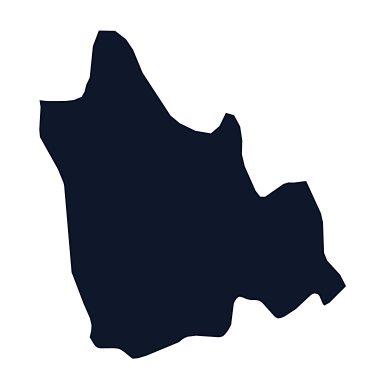 the border of Jendouba, rotated 88°
{"feature_id": "TUN-106", "entity_name": "Jendouba", "entity_type": "Governorate", "adm_level": 1, "iso_a3": "TUN", "parent_name": "Tunisia", "parent_adm1": "", "projection": "albers", "projection_center": [8.765, 36.686], "detail": "fine", "context": "isolated", "style": "filled", "palette": "ink", "viewbox_px": 384, "rotation_deg": 88, "n_neighbors": 0, "source": "natural_earth", "source_scale": "10m", "svg_char_len": 1465}
<svg xmlns="http://www.w3.org/2000/svg" viewBox="0 0 384 384"><g transform="rotate(88 192 192)"><path d="M156.0,141.6L168.4,139.1L193.4,129.0L199.8,124.4L200.1,119.0L187.8,99.9L186.6,95.3L186.9,89.9L185.8,78.0L192.5,75.2L218.0,64.6L226.8,62.9L257.5,62.9L265.6,60.0L280.4,47.4L291.3,42.3L306.8,58.9L309.2,63.6L308.0,64.5L301.3,67.1L300.4,67.4L299.0,68.2L297.8,69.6L296.8,72.8L297.3,75.0L298.3,77.0L312.0,92.7L318.8,103.9L320.2,107.6L320.6,110.5L319.6,112.2L318.2,113.8L304.9,124.9L303.5,126.5L302.5,128.1L301.8,130.2L301.4,132.6L301.3,136.6L300.7,139.2L300.0,141.4L299.1,143.2L298.3,145.2L297.5,147.9L298.0,149.7L299.3,151.5L301.1,152.9L303.1,154.1L305.0,154.9L325.6,158.2L327.2,159.0L331.0,161.3L334.5,164.1L336.5,166.4L337.1,168.4L337.3,170.5L335.0,193.1L335.7,201.4L336.8,204.5L338.2,207.1L341.0,210.7L353.2,243.3L355.4,251.5L355.8,256.7L354.7,258.3L349.0,264.8L346.6,268.1L345.8,269.7L345.2,271.4L344.6,275.6L344.3,288.6L344.0,290.1L343.4,291.8L342.1,293.4L340.3,294.7L333.5,298.5L327.7,296.9L321.6,296.3L314.7,297.6L299.4,303.6L267.9,314.4L181.3,318.8L178.1,319.4L164.3,324.5L131.6,341.3L124.3,341.7L101.7,339.6L95.8,340.3L96.8,334.0L97.4,315.5L96.7,306.8L93.7,298.5L88.1,295.1L81.3,293.2L74.3,289.5L42.9,285.2L28.2,279.0L28.2,278.8L29.0,263.5L37.6,253.2L48.1,246.6L71.4,237.9L115.3,211.4L123.4,202.4L131.7,186.7L134.9,170.9L127.6,161.7L115.0,155.0L117.4,147.8L128.5,142.3L142.5,140.7L156.0,141.6Z" fill="#0f172a" stroke="#020617" stroke-width="1.5"/></g></svg>